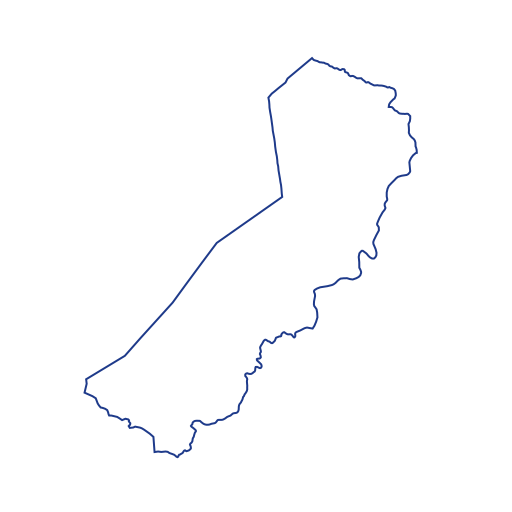 Norbugang, Samdrup Jongkhar, Bhutan, rotated 130°
{"feature_id": "84629894B84199937092772", "entity_name": "Norbugang", "entity_type": "district", "adm_level": 2, "iso_a3": "BTN", "parent_name": "Bhutan", "parent_adm1": "Samdrup Jongkhar", "projection": "robinson", "projection_center": [91.144, 26.832], "detail": "fine", "context": "isolated", "style": "outline", "palette": "blue", "viewbox_px": 512, "rotation_deg": 130, "n_neighbors": 0, "source": "geoboundaries", "source_scale": "gbopen_adm2", "svg_char_len": 6044}
<svg xmlns="http://www.w3.org/2000/svg" viewBox="0 0 512 512"><g transform="rotate(130 256 256)"><path d="M154.8,181.1L154.2,183.3L153.4,184.0L151.4,184.7L147.0,186.0L141.2,187.1L137.7,187.2L136.0,187.7L134.7,189.8L133.4,190.9L132.0,191.3L129.0,191.4L128.1,192.0L126.3,194.2L123.3,196.7L120.1,198.4L117.0,199.3L113.1,199.1L108.7,198.7L106.3,198.6L104.1,198.1L101.0,196.1L97.1,192.7L95.4,192.0L93.0,192.0L91.9,192.4L85.7,198.7L84.3,199.4L81.2,200.2L77.9,200.4L74.5,199.8L73.6,199.1L71.4,201.2L69.9,203.3L69.6,204.1L66.6,206.8L65.7,208.2L65.2,209.4L65.0,210.4L65.0,211.1L65.0,213.1L64.6,215.6L63.4,218.1L61.4,219.6L59.1,221.7L56.9,224.0L53.8,224.8L51.6,226.2L49.7,227.8L49.4,230.8L49.9,231.7L51.6,233.4L52.3,234.5L53.3,235.7L54.4,237.4L54.7,238.4L54.5,241.1L55.2,243.3L54.6,246.4L54.6,247.5L55.2,248.5L56.5,250.1L54.8,251.2L53.7,251.6L51.7,251.8L49.1,251.6L47.7,251.5L46.3,251.1L44.0,251.8L43.0,252.2L41.5,253.6L39.8,255.7L39.4,257.7L39.8,259.3L40.6,261.1L40.9,262.5L42.1,263.2L42.5,264.0L42.5,264.6L42.8,265.5L43.6,267.4L44.6,269.2L46.5,271.6L47.2,272.9L47.8,273.4L49.0,274.7L49.4,275.2L49.9,277.1L50.1,278.2L50.4,279.0L50.5,281.1L50.8,282.0L51.7,282.5L52.3,283.1L52.4,283.8L52.2,285.3L52.4,287.7L52.2,289.0L52.2,289.6L53.4,291.1L54.3,292.0L54.7,292.5L55.0,293.4L55.2,294.5L55.2,295.2L55.6,297.1L56.3,298.2L56.8,298.5L57.5,299.1L57.7,299.9L57.8,301.1L57.0,302.7L56.8,303.3L57.1,304.4L57.6,305.5L57.7,306.3L56.4,307.7L56.3,308.5L56.6,309.1L57.3,310.0L59.0,310.6L59.4,311.0L59.8,311.9L60.0,314.1L60.3,314.9L61.7,316.2L62.0,317.6L62.1,319.7L62.8,320.8L63.1,321.9L62.8,323.7L63.0,324.7L63.9,326.5L64.3,328.3L64.9,329.0L65.8,330.6L66.5,331.4L67.0,332.9L67.1,334.1L67.7,335.3L68.6,337.4L68.7,338.1L68.4,340.3L99.8,345.9L104.2,344.9L113.0,346.7L117.6,347.5L121.5,348.3L126.7,348.3L129.1,345.4L131.3,343.2L133.7,341.0L136.6,337.7L139.5,334.2L142.0,331.4L147.0,325.9L149.3,323.6L154.2,317.6L156.9,314.6L159.9,311.6L163.5,307.6L166.2,304.2L168.9,301.3L171.1,299.2L173.0,296.7L176.0,293.7L181.5,287.2L183.5,285.0L185.5,282.5L188.0,279.9L191.7,276.3L193.9,273.9L271.2,294.5L296.1,293.1L323.3,291.4L345.4,289.9L392.8,291.7L416.8,292.3L459.6,306.9L462.7,303.6L470.9,299.5L468.5,291.2L468.0,287.3L470.7,282.5L471.4,280.3L471.9,277.6L471.3,276.6L470.6,275.0L470.0,273.3L469.7,270.9L470.8,268.8L471.8,267.5L472.6,266.0L471.1,264.1L468.5,258.9L468.1,256.1L467.8,253.1L464.6,251.4L463.3,248.8L463.5,247.6L464.5,247.0L464.6,246.3L464.9,244.8L466.2,244.0L467.0,244.2L468.1,244.2L468.8,242.2L466.3,239.8L464.4,238.9L462.0,234.5L461.4,232.7L461.0,230.2L460.4,223.2L460.5,218.3L471.4,207.7L468.7,205.3L467.0,202.6L463.9,199.6L462.8,197.8L462.7,197.1L462.6,195.8L462.3,194.9L461.6,193.1L461.3,192.2L460.9,191.1L460.8,189.2L460.9,188.1L460.8,187.6L460.6,186.9L459.7,186.6L458.9,187.0L458.1,187.1L457.6,187.1L457.2,186.7L455.7,186.2L454.7,185.8L453.9,185.6L452.2,185.9L451.3,185.9L450.5,185.5L450.3,183.9L449.2,183.1L447.9,182.4L445.9,182.1L445.1,182.3L444.3,183.1L443.6,184.0L443.0,185.3L441.9,185.7L440.6,185.4L439.0,185.6L436.3,187.2L434.5,187.5L432.9,188.3L431.0,189.1L430.4,189.3L429.1,189.3L428.5,189.7L428.2,190.4L428.1,192.5L428.1,193.9L428.2,194.6L428.2,196.0L428.0,196.6L427.3,196.7L426.0,196.6L425.4,196.8L424.9,197.2L424.2,197.4L423.6,197.4L422.9,197.3L421.7,196.8L421.1,196.3L420.2,195.4L418.5,193.2L418.3,192.5L418.4,191.8L418.4,190.4L418.3,188.4L417.9,187.0L417.3,185.8L416.9,185.2L416.0,184.2L415.0,183.3L413.2,182.3L411.1,180.6L410.6,180.2L409.9,179.9L409.3,179.8L408.6,179.8L406.6,179.9L406.0,179.7L405.5,179.2L403.7,177.1L403.2,176.6L402.7,176.3L402.1,175.9L401.5,175.7L400.2,175.2L398.0,174.7L397.1,174.3L396.3,173.9L395.3,173.3L394.4,172.9L393.4,172.8L391.4,172.4L390.3,171.6L389.4,170.7L388.4,170.0L387.6,169.8L386.6,169.8L385.7,170.1L384.7,170.6L382.5,172.3L381.5,172.9L380.7,173.2L379.9,173.4L377.8,173.4L376.9,173.7L375.6,173.9L374.3,174.3L373.0,174.9L372.5,175.2L371.1,175.2L369.3,175.8L368.0,175.8L366.9,176.0L365.9,176.1L365.0,176.4L363.8,177.0L362.8,177.9L360.9,179.4L358.3,182.0L357.7,182.5L356.8,183.1L356.0,183.5L355.4,184.4L354.9,186.2L354.8,187.1L353.6,188.1L352.5,188.0L351.5,187.4L351.0,186.1L350.4,185.0L349.7,184.2L349.2,183.8L347.8,183.3L346.6,183.2L345.5,182.8L344.4,183.0L341.9,184.7L341.2,184.9L340.3,184.0L339.9,182.7L339.6,181.3L339.1,180.7L338.6,180.4L337.8,180.4L336.7,180.9L335.7,182.3L335.5,184.2L335.4,186.1L335.3,188.0L335.0,188.6L334.4,189.1L333.9,188.9L333.4,188.5L332.4,187.5L331.8,187.2L331.2,187.1L330.5,187.2L329.6,188.2L329.2,188.8L328.6,190.0L328.0,190.3L327.4,190.5L326.7,190.5L326.1,190.8L325.6,191.3L324.0,193.5L323.5,194.0L322.9,194.3L321.6,194.6L321.0,194.7L319.7,194.8L316.2,195.5L315.5,195.5L314.3,195.2L313.9,194.7L313.7,194.0L313.6,192.6L313.5,191.9L313.2,191.3L312.9,190.6L312.9,188.5L312.6,187.9L312.1,187.4L309.4,187.1L308.8,187.1L306.9,187.7L306.3,188.0L305.7,188.1L305.1,187.8L303.9,187.1L302.7,186.5L301.8,185.5L301.2,185.3L300.6,185.5L300.1,186.0L299.4,186.2L297.9,186.2L297.3,186.1L296.7,185.8L296.2,185.3L296.1,183.3L295.9,182.2L295.5,181.2L294.7,180.3L294.2,179.8L293.7,179.2L293.5,178.5L293.5,177.9L293.6,177.0L293.9,175.7L294.0,174.7L293.6,174.2L292.5,174.2L291.5,174.9L290.6,175.9L289.9,176.3L289.1,176.4L288.1,176.1L284.5,174.2L280.8,172.7L279.6,172.1L278.5,171.3L278.0,170.9L277.3,169.7L277.0,169.1L275.2,166.0L271.9,166.4L267.7,167.7L263.5,169.5L260.1,172.7L257.9,175.3L257.3,177.4L256.9,179.2L255.8,180.6L253.4,182.4L248.7,185.0L247.3,186.4L246.6,187.7L246.1,188.6L245.1,189.2L244.2,189.2L241.6,188.3L238.7,186.7L233.2,181.9L229.5,179.2L227.9,178.4L225.6,177.8L223.0,177.6L221.4,177.4L219.0,176.7L216.8,174.6L214.5,172.0L213.3,169.2L211.8,166.8L208.6,164.9L206.1,163.9L203.8,163.7L201.4,164.6L200.5,165.4L199.4,167.3L198.6,169.3L194.3,173.0L190.7,176.7L187.5,178.5L185.2,178.5L184.0,178.3L183.4,177.6L183.3,176.7L183.1,173.2L183.3,171.7L183.6,170.3L183.8,168.0L183.4,165.7L182.7,164.6L181.9,163.9L180.0,163.8L178.2,164.2L176.1,165.7L173.9,168.7L171.3,173.8L170.0,175.1L168.0,175.9L162.4,177.3L157.4,178.3L155.1,180.4L154.8,181.1Z" fill="none" stroke="#1e3a8a" stroke-width="2"/></g></svg>